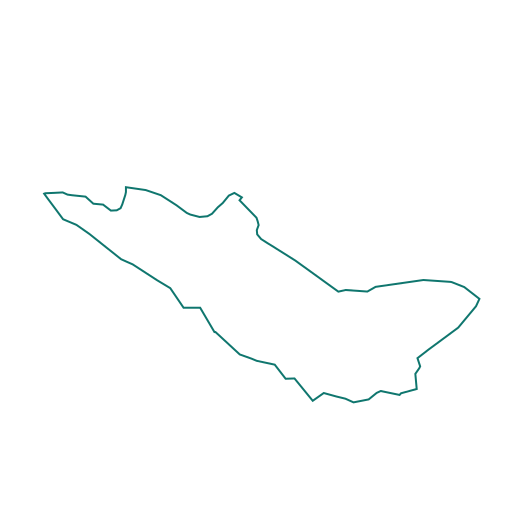 Ikono, Akwa Ibom, Nigeria, rotated 124°
{"feature_id": "59680162B21074533395167", "entity_name": "Ikono", "entity_type": "district", "adm_level": 2, "iso_a3": "NGA", "parent_name": "Nigeria", "parent_adm1": "Akwa Ibom", "projection": "robinson", "projection_center": [7.798, 5.169], "detail": "fine", "context": "isolated", "style": "outline", "palette": "teal", "viewbox_px": 512, "rotation_deg": 124, "n_neighbors": 0, "source": "geoboundaries", "source_scale": "gbopen_adm2", "svg_char_len": 1240}
<svg xmlns="http://www.w3.org/2000/svg" viewBox="0 0 512 512"><g transform="rotate(124 256 256)"><path d="M263.0,384.3L271.7,402.3L275.7,399.6L278.4,398.5L288.1,395.7L292.1,395.0L296.0,397.0L299.5,401.7L299.0,410.1L298.9,411.5L303.6,420.1L302.1,430.5L308.6,442.7L310.5,446.6L311.4,451.8L316.8,459.0L321.6,465.5L322.6,466.4L322.8,466.5L325.0,460.4L329.4,447.8L333.4,436.5L330.6,422.2L330.9,406.3L332.1,391.3L334.1,366.1L333.0,359.6L331.9,353.6L331.4,324.6L330.6,309.1L339.4,287.1L330.1,273.4L342.3,247.9L341.7,247.1L346.7,214.4L343.6,202.3L342.5,196.8L335.6,179.7L341.2,162.8L336.0,155.6L344.3,128.0L331.7,123.2L327.5,110.7L324.3,102.1L322.8,93.3L311.9,82.4L302.0,79.4L298.2,77.1L290.9,59.3L288.7,59.0L276.4,48.4L264.6,58.0L257.8,57.9L255.7,58.2L250.4,65.0L237.0,60.6L202.3,48.3L174.6,45.5L166.6,46.8L165.3,66.0L168.2,79.1L168.7,80.3L182.3,103.8L214.7,139.6L223.2,143.8L234.1,162.7L239.5,167.8L237.8,220.9L238.5,242.4L238.6,246.6L238.9,253.4L239.1,261.2L237.4,267.1L234.1,269.8L228.9,271.1L226.3,274.0L224.0,277.0L219.0,300.8L215.3,300.5L215.8,309.2L221.1,312.3L230.7,313.2L237.0,314.9L245.6,316.1L250.2,318.5L255.2,324.6L258.4,333.7L259.0,337.5L258.4,350.3L258.8,368.9L263.0,384.3Z" fill="none" stroke="#0f766e" stroke-width="2"/></g></svg>